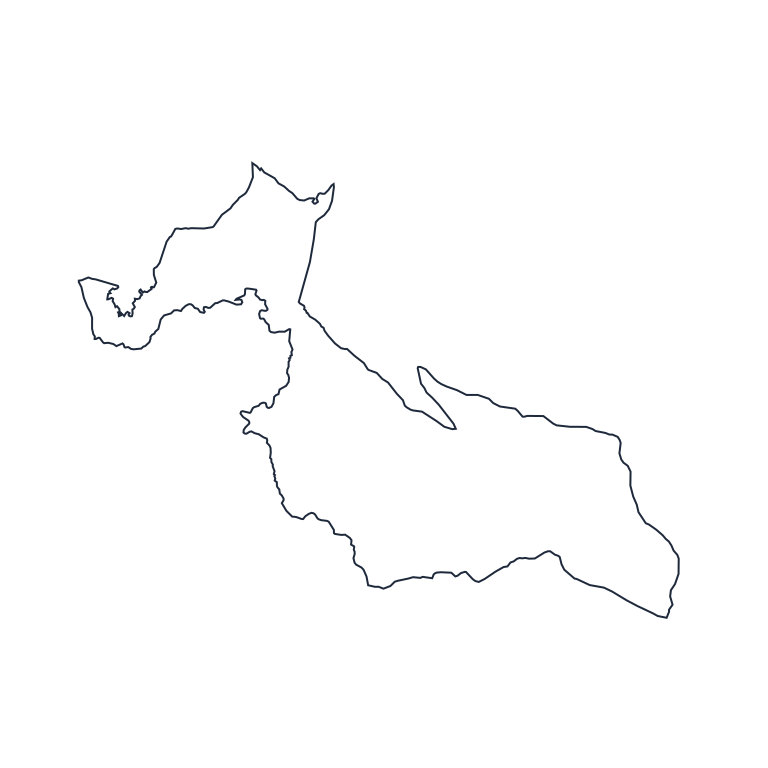 Cristian, Sibiu, Romania (Mercator projection), rotated 277°
{"feature_id": "2599482B40816245945082", "entity_name": "Cristian", "entity_type": "district", "adm_level": 2, "iso_a3": "ROU", "parent_name": "Romania", "parent_adm1": "Sibiu", "projection": "mercator", "projection_center": [23.892, 45.655], "detail": "fine", "context": "isolated", "style": "outline", "palette": "slate", "viewbox_px": 768, "rotation_deg": 277, "n_neighbors": 0, "source": "geoboundaries", "source_scale": "gbopen_adm2", "svg_char_len": 6145}
<svg xmlns="http://www.w3.org/2000/svg" viewBox="0 0 768 768"><g transform="rotate(277 384 384)"><path d="M587.2,226.4L573.3,228.7L562.7,226.0L557.6,224.0L555.8,222.8L551.2,217.5L549.0,216.5L543.3,212.1L539.6,210.2L532.2,202.5L519.5,195.6L518.8,194.7L516.4,186.4L515.2,173.8L514.3,170.9L514.5,168.1L513.1,163.7L513.2,160.0L512.5,158.0L505.8,155.3L504.5,154.7L503.8,153.5L498.8,150.9L476.8,146.5L472.6,144.2L471.0,142.1L469.9,141.5L464.2,142.3L456.9,145.6L452.0,143.9L451.7,142.5L452.2,142.0L452.0,141.3L451.3,140.9L450.0,141.7L446.4,137.8L446.3,136.4L446.7,135.0L445.4,133.5L448.1,130.9L447.1,129.9L445.8,129.8L443.0,132.9L441.4,131.6L439.2,131.0L438.2,128.9L438.3,126.3L436.3,126.8L433.5,124.8L430.0,127.3L428.3,126.5L427.2,125.2L423.2,125.9L420.6,125.5L420.2,124.0L420.8,122.4L421.7,122.0L423.3,122.8L424.3,120.6L422.9,119.2L419.8,117.8L422.7,114.0L420.1,114.6L419.0,112.6L420.3,112.3L422.1,113.3L422.0,111.8L422.7,111.3L423.4,112.7L426.1,112.2L428.7,109.5L427.6,108.1L430.3,106.9L433.1,104.6L435.7,104.7L436.3,103.1L434.4,100.0L434.3,99.0L439.8,99.2L440.8,101.4L441.7,100.2L442.4,100.1L445.8,103.1L445.1,104.9L446.3,107.5L447.8,108.5L448.9,108.0L452.7,85.1L452.8,81.4L453.7,77.6L450.1,71.2L449.4,68.5L447.9,68.7L443.2,71.9L432.9,75.6L424.3,80.3L419.4,83.9L414.2,86.2L403.4,87.5L398.1,89.4L395.9,91.2L393.4,91.3L393.5,92.5L395.1,94.9L395.1,96.2L391.2,99.9L390.4,101.2L391.3,105.3L390.9,108.8L390.7,110.5L389.0,113.8L392.4,119.5L391.6,120.6L388.9,122.0L388.7,122.7L389.5,125.7L388.0,128.6L387.9,131.2L389.6,138.8L391.8,140.6L392.5,142.3L397.0,146.1L400.9,146.8L402.2,146.4L404.6,147.8L406.1,150.0L408.1,150.6L411.1,153.3L420.8,154.5L425.3,157.4L428.1,164.0L431.5,166.7L432.1,169.8L431.7,173.6L434.0,174.7L437.5,177.7L439.5,180.7L439.6,182.7L438.8,184.4L436.4,186.9L436.0,190.0L433.0,192.8L432.7,196.6L433.8,197.3L435.8,195.9L438.2,195.9L438.8,197.8L438.1,200.3L438.5,202.2L443.6,206.6L444.1,208.7L447.3,213.7L447.5,215.3L446.9,219.8L444.8,227.9L445.7,232.4L447.9,233.4L450.1,232.2L450.3,230.4L449.4,226.5L450.6,227.2L454.9,234.5L456.3,235.0L461.1,234.7L462.0,235.8L462.2,238.1L462.0,245.5L461.2,246.1L457.4,245.4L456.4,246.0L454.7,248.8L452.7,250.7L452.4,253.2L452.8,254.5L452.1,256.0L448.6,256.3L444.5,259.2L443.5,259.3L442.5,258.3L442.1,257.2L442.3,253.5L441.2,252.1L438.2,251.5L434.3,252.9L433.8,253.6L434.2,256.1L433.6,257.2L431.0,259.0L428.6,262.4L423.0,263.8L421.8,265.4L421.6,269.2L423.2,273.5L423.8,279.1L426.9,283.2L426.8,284.3L414.9,284.7L407.1,289.0L404.4,288.2L401.3,289.0L400.7,287.7L398.6,287.9L397.9,286.6L396.4,287.5L394.3,286.6L389.5,287.2L386.4,286.3L382.8,286.5L381.5,287.8L378.6,289.0L374.4,289.1L370.3,287.1L365.8,281.0L361.1,280.5L359.7,278.1L357.9,276.6L351.4,276.6L347.6,275.1L346.2,272.8L346.2,271.7L347.0,270.4L350.3,269.1L350.8,268.2L350.7,266.1L349.3,263.6L347.1,262.2L345.1,257.8L344.0,256.7L339.6,255.1L339.0,254.4L339.8,246.8L339.0,245.5L337.2,245.2L335.3,246.9L334.0,248.3L331.0,254.1L329.3,255.1L328.2,255.0L324.0,251.7L321.4,250.4L318.7,250.4L317.8,252.0L317.9,253.5L320.2,256.5L320.8,258.1L319.4,261.7L318.9,265.7L316.4,270.9L315.5,274.3L313.9,275.0L311.4,274.9L309.0,277.8L306.7,279.2L301.9,280.0L296.8,279.9L295.7,281.3L292.7,281.8L290.5,283.5L288.9,283.5L284.0,286.0L281.2,285.6L280.3,286.9L279.2,286.4L276.9,287.6L274.8,287.3L273.5,289.6L270.0,290.1L268.5,290.8L266.6,292.9L262.5,294.0L260.9,296.2L258.0,298.3L256.4,298.5L253.3,297.1L246.2,302.6L241.2,309.0L241.3,312.9L240.0,318.6L240.1,320.2L243.1,322.0L245.8,325.0L247.3,327.7L247.1,329.8L246.1,331.5L242.5,334.4L241.8,335.6L241.2,338.3L241.2,344.1L240.6,345.9L233.1,352.0L229.9,352.5L229.2,353.6L229.0,360.0L229.7,363.8L227.1,368.8L225.0,370.8L220.6,370.9L219.2,374.1L218.7,374.3L215.9,374.2L213.9,375.3L211.5,375.6L207.5,374.9L203.0,376.6L201.3,378.4L199.1,384.0L197.2,386.3L190.8,390.1L182.3,392.8L181.6,399.8L182.1,403.3L180.8,408.4L184.3,415.0L189.1,418.8L190.5,422.0L193.8,431.7L195.8,436.4L196.0,443.8L197.3,445.8L197.1,455.5L201.2,456.6L202.3,457.7L203.2,459.2L204.1,463.4L204.9,473.8L201.7,478.3L202.6,480.3L205.7,483.4L207.4,487.2L207.4,488.3L201.1,495.9L199.5,498.8L199.1,502.2L202.7,507.6L211.4,517.6L216.9,525.0L218.0,528.8L222.3,531.3L223.7,534.3L226.7,537.3L227.8,539.7L227.8,542.5L228.6,545.4L228.3,549.3L229.2,555.0L236.3,563.8L238.0,567.2L238.2,569.4L235.4,574.5L234.7,577.9L233.7,579.5L226.7,582.2L221.7,585.5L214.1,596.8L214.0,598.9L209.5,612.7L208.7,627.1L205.8,635.7L198.9,651.1L194.5,662.6L189.1,679.0L187.1,683.9L186.4,693.0L192.7,694.7L194.7,694.4L200.1,697.3L208.0,693.9L214.3,693.9L220.8,697.2L231.4,699.5L246.6,697.8L250.1,696.0L254.0,691.7L258.7,689.0L262.4,685.9L264.6,682.5L267.8,679.1L272.5,672.1L276.8,664.1L277.7,660.8L287.8,652.2L295.0,649.6L302.6,645.1L313.2,640.9L327.1,639.4L332.5,635.9L335.1,631.3L338.0,628.7L343.9,626.1L354.3,626.1L357.2,624.7L360.0,622.4L361.6,616.9L361.3,613.8L362.4,609.8L363.1,599.8L364.7,596.4L366.1,589.9L364.2,573.9L364.0,560.4L365.3,556.8L371.6,546.1L369.8,530.2L368.6,527.1L368.5,525.5L373.6,520.0L375.5,517.3L375.8,501.8L378.4,494.7L382.1,490.0L384.6,478.3L383.2,467.2L386.8,457.1L389.1,446.6L390.9,440.9L392.9,436.7L395.5,433.0L403.6,423.8L405.4,418.2L405.1,415.8L403.8,415.5L388.8,420.7L385.0,424.5L380.7,427.3L376.3,433.5L370.1,440.9L353.1,457.8L348.3,460.7L347.5,457.3L348.9,449.1L353.5,440.9L361.2,425.1L361.3,415.9L361.8,413.4L363.7,409.2L365.2,407.2L370.2,404.8L376.0,397.8L386.0,387.8L388.8,381.7L394.1,375.5L396.0,367.3L396.6,366.1L402.3,361.5L408.5,351.1L414.3,343.0L413.9,341.1L414.3,337.0L418.3,330.4L425.3,322.5L429.6,318.5L432.5,317.1L433.4,314.8L436.0,313.0L439.5,307.9L442.0,302.1L445.2,299.4L445.2,298.6L447.4,297.5L448.5,295.6L450.4,295.8L451.9,295.0L453.7,290.8L455.0,289.4L496.0,295.6L519.0,296.7L536.4,296.6L539.6,298.9L544.3,304.1L550.8,308.1L559.5,310.1L573.2,310.3L576.3,309.6L574.5,307.7L569.8,305.2L565.7,302.0L565.3,300.2L565.6,297.4L564.7,296.0L560.2,294.3L556.8,296.2L554.7,294.0L554.5,292.8L556.2,290.8L559.2,292.3L559.7,291.7L559.2,287.2L556.4,282.4L556.3,278.0L557.2,275.4L562.4,269.6L564.0,266.3L567.9,260.8L570.3,254.8L574.9,250.4L579.4,239.4L583.0,235.8L581.2,234.9L584.6,231.3L587.2,226.4Z" fill="none" stroke="#1e293b" stroke-width="2"/></g></svg>